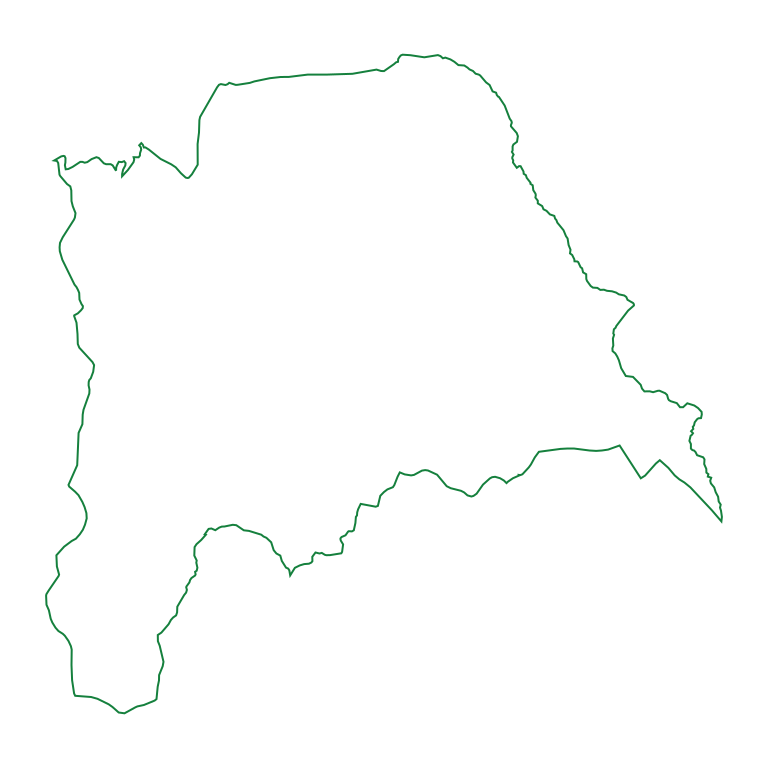 Saquisili, Cotopaxi, Ecuador (Albers equal-area conic projection)
{"feature_id": "8360857B28418888111721", "entity_name": "Saquisili", "entity_type": "district", "adm_level": 2, "iso_a3": "ECU", "parent_name": "Ecuador", "parent_adm1": "Cotopaxi", "projection": "albers", "projection_center": [-78.717, -0.836], "detail": "fine", "context": "isolated", "style": "outline", "palette": "green", "viewbox_px": 768, "rotation_deg": 0, "n_neighbors": 0, "source": "geoboundaries", "source_scale": "gbopen_adm2", "svg_char_len": 5975}
<svg xmlns="http://www.w3.org/2000/svg" viewBox="0 0 768 768"><path d="M54.2,160.5L57.0,161.0L58.2,163.0L59.5,174.7L60.3,176.1L67.0,184.0L70.3,186.4L71.3,190.4L71.5,201.1L72.8,206.3L75.5,213.1L74.9,217.5L74.0,219.6L62.7,237.3L60.0,242.9L59.6,247.3L59.8,251.2L62.3,259.7L74.5,284.6L76.5,287.1L78.0,290.0L79.2,292.9L79.5,299.6L81.5,304.1L82.9,306.1L82.7,308.1L81.0,310.3L77.8,313.4L74.3,315.3L74.1,315.9L76.5,322.7L77.5,334.0L77.8,344.0L79.3,347.7L92.5,362.1L94.1,365.1L93.2,371.8L90.8,378.3L89.3,380.0L88.7,382.0L88.6,385.4L89.5,389.6L89.3,393.5L83.5,409.8L82.7,414.6L82.4,424.2L78.6,432.9L77.2,465.2L68.5,484.9L69.2,486.6L75.1,491.7L78.5,495.2L82.4,502.0L84.6,507.1L86.4,513.1L86.7,518.4L85.0,524.7L82.9,529.7L79.8,534.3L75.9,538.7L71.7,541.0L64.1,546.7L56.4,555.3L56.9,566.5L59.1,574.6L58.6,576.0L48.7,590.5L46.4,594.2L46.1,595.6L46.5,604.8L48.9,610.3L50.7,618.7L52.3,622.5L55.5,627.7L58.4,631.0L62.8,633.8L64.8,635.7L68.5,641.0L70.9,646.2L71.7,649.6L71.5,665.1L72.1,680.2L74.1,693.5L75.2,695.8L91.1,697.0L97.5,698.8L108.7,704.3L112.5,707.0L118.7,712.5L124.5,713.3L135.4,707.3L137.4,706.4L143.9,705.0L154.6,700.6L156.5,699.1L157.7,686.7L159.0,680.4L159.1,675.1L162.7,666.2L163.5,661.8L159.7,645.7L157.9,641.2L157.8,635.0L161.4,632.6L168.6,624.2L170.9,620.0L173.1,617.5L176.1,615.4L177.1,612.4L177.3,606.7L184.1,595.1L186.1,592.6L186.9,589.9L186.2,587.2L186.5,586.4L189.4,582.4L190.1,580.0L191.5,578.0L195.1,575.5L195.6,574.4L195.1,571.8L196.7,570.7L197.4,567.7L196.3,562.7L196.7,560.5L194.3,555.6L194.6,547.1L196.5,544.2L201.2,540.0L205.8,534.8L204.7,534.4L208.6,528.9L211.4,528.5L215.3,530.2L219.2,527.6L221.8,526.6L224.5,526.5L232.8,524.8L236.3,525.2L243.8,530.3L249.0,530.9L261.3,534.7L263.5,536.5L266.4,537.8L271.2,542.3L273.7,550.2L276.4,553.5L280.3,555.6L281.8,560.9L286.0,567.6L288.2,568.6L289.3,570.3L290.2,575.4L294.9,567.8L299.8,565.4L304.1,564.1L309.0,563.7L311.4,562.5L312.4,561.2L312.3,556.8L315.5,552.5L319.5,553.5L321.8,552.9L324.8,554.8L326.4,555.2L330.1,555.1L341.3,553.3L342.1,551.9L343.1,544.4L340.8,540.6L340.4,538.9L340.7,538.0L341.6,537.0L345.5,535.3L348.1,531.6L348.8,531.2L351.9,531.4L353.8,530.3L355.4,523.0L355.9,516.9L357.0,515.4L357.2,512.4L358.1,509.3L360.7,503.9L375.7,506.7L377.9,505.9L380.3,495.8L383.9,492.1L387.4,489.4L392.9,487.2L394.3,485.1L397.6,476.7L399.8,472.4L404.7,474.4L411.1,475.4L414.0,474.9L422.0,470.6L425.2,470.1L428.0,470.5L437.1,474.7L446.7,486.2L450.7,488.2L461.0,490.8L464.1,492.4L467.5,495.4L471.4,496.5L473.5,495.9L476.6,493.7L483.0,484.6L489.9,478.4L492.1,477.2L495.1,476.8L500.0,478.2L503.9,480.5L506.5,483.1L507.9,481.7L513.0,478.2L518.9,475.6L518.7,474.9L520.3,475.1L522.4,474.3L528.8,467.4L530.9,464.5L534.8,457.4L538.9,451.8L560.6,448.9L567.9,448.5L573.8,448.5L589.5,450.5L596.2,450.9L601.9,450.5L608.1,449.6L619.6,445.5L640.8,478.3L645.1,475.6L655.9,463.5L659.8,460.2L668.4,467.9L674.7,475.4L679.4,479.4L684.4,482.5L690.4,487.4L711.8,510.2L721.4,521.4L721.9,516.9L721.0,510.7L720.0,507.6L720.7,504.6L718.7,501.5L718.1,496.7L715.7,492.2L714.2,487.4L710.9,483.4L710.2,480.8L711.2,477.7L707.8,476.6L708.4,474.2L706.4,472.6L706.3,468.9L704.2,464.1L704.5,459.4L703.2,457.3L697.1,455.2L695.5,452.0L694.0,450.5L692.4,450.1L690.9,448.6L690.9,444.0L689.4,440.9L690.6,435.8L692.0,434.7L693.0,433.2L691.1,431.2L693.3,428.9L692.8,426.9L694.0,425.4L694.7,422.3L697.1,419.2L698.4,418.3L701.0,418.1L701.8,414.5L701.6,411.9L698.1,408.1L694.3,405.5L687.3,403.3L683.1,407.2L680.0,407.2L676.8,403.1L670.7,401.2L668.9,400.1L668.1,398.7L667.1,395.0L665.2,393.2L659.4,390.7L657.8,390.8L653.1,392.2L649.7,391.3L644.4,391.4L642.0,388.6L640.7,384.8L633.0,376.9L625.8,376.0L621.2,368.2L618.9,360.3L617.2,356.5L615.3,353.4L612.6,351.1L612.4,348.4L613.3,345.6L612.9,338.5L614.1,334.8L613.3,333.5L613.9,329.3L615.6,327.7L616.3,326.0L628.1,310.6L633.9,305.5L633.9,304.3L633.2,303.1L627.5,299.8L626.3,297.0L624.3,295.5L618.8,294.3L616.2,292.6L612.0,291.3L607.0,290.8L603.9,289.7L600.3,289.9L597.4,287.9L592.9,287.6L590.7,286.0L587.0,280.9L586.3,279.0L586.2,274.2L583.1,272.4L582.1,268.3L580.6,267.2L578.2,262.1L577.3,261.5L574.5,261.3L574.3,259.3L572.2,255.0L570.0,253.4L570.5,249.7L568.6,245.0L567.6,238.5L566.0,236.2L563.5,230.2L557.3,222.6L556.4,220.1L555.1,218.6L554.3,215.9L549.9,214.4L546.5,210.8L543.5,209.3L542.2,206.1L537.8,203.4L537.8,200.7L535.4,197.6L535.8,195.1L535.5,193.7L533.3,190.2L532.7,185.3L530.4,183.8L530.5,182.7L526.7,177.8L525.9,175.2L523.7,173.8L523.5,171.5L520.6,166.2L519.1,166.1L516.8,167.8L513.0,162.5L513.2,160.3L512.3,158.5L512.3,157.2L513.6,154.6L511.9,151.9L512.6,150.5L512.6,146.4L513.4,144.5L517.0,141.8L517.9,136.2L516.7,133.0L511.0,126.4L510.9,125.2L511.8,122.8L511.5,121.2L509.7,118.6L504.7,105.6L499.0,97.0L498.2,96.7L496.8,95.0L496.1,92.7L492.6,91.4L489.6,85.0L486.1,82.4L480.2,75.5L478.8,74.6L475.6,73.7L473.0,71.0L469.5,69.4L467.5,67.6L464.3,65.5L458.4,65.1L454.4,61.8L450.4,59.4L445.3,57.6L442.9,58.3L440.5,56.1L437.9,55.1L424.3,57.3L410.4,55.2L402.6,54.7L400.7,55.5L399.4,57.1L398.2,59.0L398.0,61.8L396.1,62.3L393.9,64.2L384.0,71.1L381.1,71.0L376.5,69.6L352.4,73.8L326.6,74.6L307.7,74.6L289.0,76.9L280.6,77.0L269.9,78.2L254.4,81.4L249.8,82.9L237.6,84.8L235.7,84.9L229.2,82.8L227.6,84.2L225.5,85.0L220.9,84.1L219.0,84.8L217.1,87.3L200.1,116.9L199.4,120.1L199.0,132.5L197.6,144.0L197.7,164.7L191.9,174.3L188.7,177.8L187.4,178.0L185.7,177.6L181.0,173.3L175.7,167.3L171.2,164.3L160.5,158.9L148.9,149.6L145.4,147.4L143.9,147.5L142.8,144.7L141.3,143.1L139.2,145.3L140.8,147.3L141.2,149.6L140.0,153.2L139.9,155.6L138.6,157.3L133.6,157.2L134.2,159.6L133.5,162.2L127.9,170.0L122.1,176.3L122.1,174.1L123.1,169.6L125.3,165.5L125.6,163.1L124.1,161.2L121.8,162.1L118.8,161.8L117.0,165.2L116.2,167.5L116.1,169.9L115.6,170.1L112.7,165.4L110.7,164.2L106.1,164.2L103.8,163.3L98.8,158.0L96.4,157.2L91.6,159.1L87.3,162.1L84.7,162.7L82.5,161.9L80.2,161.9L72.6,166.9L68.3,169.0L65.7,169.3L64.9,165.2L65.4,162.5L65.5,158.1L64.6,156.2L63.5,155.9L61.2,156.4L54.2,160.5Z" fill="none" stroke="#15803d" stroke-width="2"/></svg>